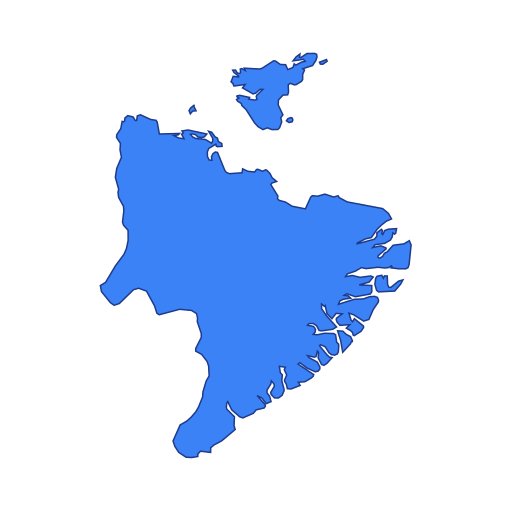 the Regional Council of Southland, rotated 187°
{"feature_id": "NZL-3408", "entity_name": "Southland", "entity_type": "Regional Council", "adm_level": 1, "iso_a3": "NZL", "parent_name": "New Zealand", "parent_adm1": "", "projection": "robinson", "projection_center": [167.625, -45.772], "detail": "fine", "context": "isolated", "style": "filled", "palette": "blue", "viewbox_px": 512, "rotation_deg": 187, "n_neighbors": 0, "source": "natural_earth", "source_scale": "10m", "svg_char_len": 6154}
<svg xmlns="http://www.w3.org/2000/svg" viewBox="0 0 512 512"><g transform="rotate(187 256 256)"><path d="M405.3,373.3L403.9,373.0L402.9,374.0L402.9,377.0L400.4,379.7L395.0,379.1L392.4,375.8L391.0,376.0L390.9,380.6L387.9,382.1L377.3,378.7L371.7,378.5L370.4,376.9L366.8,365.3L346.9,368.3L347.9,366.8L352.2,365.5L347.2,363.7L341.7,363.6L344.7,367.8L343.2,369.2L344.7,371.1L338.8,372.8L319.7,371.1L321.7,368.0L324.3,367.0L328.2,367.0L330.7,369.0L333.9,369.5L335.9,368.8L333.3,366.4L330.1,365.3L320.5,365.5L313.8,362.6L312.9,365.0L313.5,367.8L318.2,374.0L315.1,373.5L311.1,369.3L308.6,368.3L307.4,365.1L303.7,363.5L303.0,360.7L307.6,359.8L308.7,360.1L309.5,362.1L316.0,357.0L317.0,353.3L316.3,348.8L314.2,345.6L311.4,345.6L312.3,349.1L311.2,352.3L309.0,354.3L306.8,354.1L297.3,337.0L295.5,335.3L292.4,334.5L279.9,336.9L279.9,340.9L274.5,339.1L267.6,339.2L266.0,341.9L264.7,342.3L259.8,340.9L256.8,342.8L255.5,342.3L252.1,339.5L249.6,335.7L244.6,332.5L249.0,330.4L250.0,328.7L241.6,318.2L241.6,315.4L239.9,314.1L233.2,313.1L226.3,309.8L212.7,308.8L208.9,321.1L207.5,322.7L202.1,322.9L195.2,325.8L186.1,324.0L181.9,325.8L180.4,324.0L172.0,320.8L136.1,318.5L129.8,314.5L126.0,309.3L130.9,306.4L135.1,302.2L138.9,297.5L143.8,288.3L149.3,286.4L157.1,281.3L157.1,280.4L140.5,287.1L138.4,290.5L138.9,293.7L134.8,297.8L133.5,296.6L134.0,293.7L132.8,292.7L131.3,297.0L127.8,298.8L119.8,300.3L120.1,295.7L121.1,294.6L122.9,295.6L123.2,291.2L124.5,288.2L129.7,284.3L139.2,281.7L141.1,278.6L133.4,281.3L128.0,279.9L127.7,279.0L134.8,271.1L135.0,270.1L133.9,269.0L132.6,269.2L130.3,271.0L128.9,274.3L126.2,276.2L121.2,283.4L110.6,286.1L105.7,289.9L103.4,285.9L103.0,266.2L103.7,263.0L105.6,261.6L112.7,260.7L120.4,260.7L119.6,261.6L120.4,262.7L123.2,260.6L126.5,259.8L133.4,259.7L145.2,256.9L150.0,257.3L155.5,253.1L163.2,249.4L164.6,246.5L158.1,248.4L150.1,247.5L139.7,250.2L137.1,249.4L140.5,243.9L150.1,239.9L137.5,240.8L136.7,234.5L137.9,232.2L152.3,227.7L161.3,229.6L163.7,227.7L159.9,227.7L156.9,225.7L164.1,223.7L167.3,221.6L168.3,218.1L153.5,224.9L144.3,226.5L138.2,229.5L133.3,230.4L130.4,229.7L129.0,227.1L129.0,225.1L133.1,217.2L136.2,206.8L141.2,204.5L152.0,209.6L156.8,210.6L153.8,203.9L152.1,202.6L150.7,205.8L140.8,199.6L140.5,198.1L142.6,194.0L148.8,188.9L149.9,189.3L150.8,191.7L152.9,193.4L157.6,195.4L154.5,199.3L164.2,197.4L167.4,200.2L168.7,202.7L168.5,204.1L163.4,209.1L169.5,208.8L173.0,203.0L178.5,207.4L181.3,215.3L182.0,214.4L185.1,216.3L184.5,211.8L178.7,205.2L167.4,195.4L170.9,192.6L182.2,189.6L184.3,189.8L187.4,194.2L191.0,196.0L195.3,195.3L196.5,193.5L190.8,193.2L189.3,192.2L187.9,190.1L188.1,187.5L189.7,185.2L185.5,185.3L178.4,187.7L169.3,188.5L167.4,187.5L165.4,180.2L163.4,178.7L162.9,177.1L162.6,171.0L163.3,168.7L165.8,167.2L169.2,167.3L171.8,168.9L176.2,174.3L181.1,175.8L182.0,174.8L181.3,173.9L173.2,166.3L170.9,164.6L168.1,164.4L172.5,158.1L175.2,155.8L177.7,156.3L181.9,162.5L182.2,167.9L183.5,169.1L184.2,163.4L185.9,162.7L192.7,163.4L191.0,161.6L182.3,158.2L179.1,153.7L178.9,151.4L180.4,149.2L183.1,148.3L191.9,151.1L199.5,155.5L201.1,153.9L184.2,145.3L184.7,143.4L186.5,141.4L192.1,137.2L198.7,135.8L196.4,132.9L205.0,128.3L208.7,128.1L210.3,132.5L212.2,134.9L212.6,136.3L211.0,141.6L214.1,146.6L213.3,149.2L219.4,149.3L217.6,143.1L215.3,141.1L215.2,135.4L212.0,127.4L211.7,125.7L213.1,120.9L216.4,117.8L220.4,117.4L224.0,120.4L224.8,122.3L222.0,128.8L222.3,130.9L225.5,133.9L225.7,130.7L228.7,124.3L228.4,121.5L225.5,118.6L223.3,113.3L227.8,110.7L232.9,115.8L237.9,117.6L228.9,109.6L228.4,108.1L229.4,106.1L237.1,103.3L239.4,99.6L249.3,93.7L252.6,94.4L261.4,100.4L266.3,108.0L267.1,106.4L267.0,102.2L266.3,100.4L257.8,93.8L257.1,84.9L255.5,81.3L267.5,68.4L274.8,63.2L277.6,60.1L277.1,55.5L287.2,55.5L289.6,52.5L289.3,49.9L295.4,48.1L301.0,47.8L308.8,51.7L313.3,57.1L315.8,62.3L310.7,79.1L304.6,83.7L300.8,88.0L296.8,94.0L294.6,99.2L291.8,109.7L292.1,114.7L290.2,125.9L287.9,131.2L289.6,141.0L291.7,145.4L297.9,151.7L304.2,154.2L304.6,156.8L300.4,168.5L300.9,172.5L306.3,183.7L306.5,187.5L308.0,191.6L313.4,194.1L325.3,193.8L344.9,185.9L347.4,187.1L350.6,194.1L360.4,207.8L368.5,209.7L373.4,207.7L385.8,192.2L390.8,189.8L394.8,191.9L405.0,201.8L406.9,207.7L402.1,211.5L394.3,229.2L387.3,241.5L385.5,247.6L384.8,255.8L386.1,265.9L391.2,270.4L392.6,273.3L392.7,284.8L393.6,289.2L399.5,297.4L400.7,302.1L400.5,305.6L405.2,317.0L404.9,326.0L401.6,337.6L403.9,344.8L404.3,351.3L408.9,356.7L409.0,359.4L405.7,366.0L405.3,373.3ZM295.2,432.5L300.2,435.4L301.8,437.6L299.0,438.1L296.7,435.3L294.3,435.2L293.7,436.2L294.4,439.6L293.1,440.3L289.3,438.8L290.6,441.0L275.5,442.0L272.8,443.1L262.3,451.9L260.4,451.9L255.3,449.1L249.9,449.5L247.2,444.9L242.3,447.6L241.5,451.4L239.8,450.3L234.1,454.2L230.9,455.2L232.9,457.0L243.0,454.2L240.4,458.6L237.0,461.8L237.0,458.5L235.6,458.5L230.1,463.2L222.6,464.2L220.4,463.6L219.7,460.9L220.4,457.4L223.1,451.9L232.4,447.6L230.5,446.4L231.8,442.0L231.2,436.8L232.1,434.9L237.0,431.0L238.8,430.5L243.0,431.6L244.9,429.7L243.7,422.7L244.2,419.8L248.8,419.0L252.7,413.7L252.4,408.7L246.5,399.4L248.3,396.2L246.8,392.3L248.2,386.2L249.8,384.2L255.6,383.4L260.3,384.6L264.5,382.3L269.7,384.6L273.7,388.0L283.6,400.0L288.5,403.7L289.2,405.6L293.0,407.3L294.4,409.0L292.2,410.8L294.4,411.8L294.4,412.6L291.7,413.5L281.7,412.6L282.4,410.8L276.2,410.6L274.1,411.5L275.2,414.2L274.9,415.7L269.5,422.2L272.3,421.9L276.2,417.6L278.6,416.5L289.9,421.2L287.7,424.9L298.6,422.0L300.2,424.7L302.0,425.8L300.5,431.6L295.2,431.6L295.2,432.5ZM130.1,235.3L132.2,236.7L134.6,242.5L134.5,248.5L133.3,250.7L128.8,252.2L126.9,249.4L126.1,251.9L123.3,252.2L121.9,243.7L120.3,241.1L118.3,241.3L111.5,248.4L107.3,250.2L108.9,245.9L114.0,238.1L130.1,235.3ZM158.2,171.0L161.7,182.5L165.9,191.7L160.7,192.0L156.9,189.2L152.3,187.5L150.1,183.9L149.9,182.8L151.0,182.3L151.5,180.4L158.2,171.0ZM338.5,389.1L340.2,392.1L338.9,395.0L335.5,398.5L336.0,397.1L333.2,392.8L336.5,392.1L338.5,389.1ZM241.1,396.2L238.2,397.7L236.7,397.2L236.0,395.4L236.5,393.6L239.4,392.5L242.3,393.9L241.1,396.2ZM209.1,458.0L213.0,454.5L215.5,454.3L216.6,456.1L210.0,459.6L209.1,458.0Z" fill="#3b82f6" stroke="#1e3a8a" stroke-width="1.5"/></g></svg>